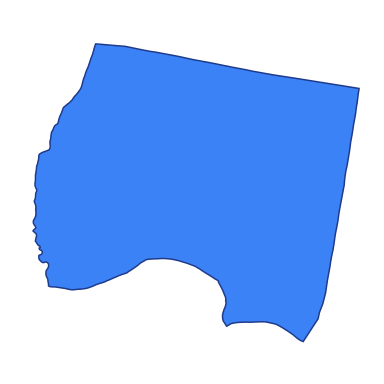 outline of Taling Chan, Bangkok Metropolis, Thailand, rotated 95°
{"feature_id": "78962969B19319663226998", "entity_name": "Taling Chan", "entity_type": "district", "adm_level": 2, "iso_a3": "THA", "parent_name": "Thailand", "parent_adm1": "Bangkok Metropolis", "projection": "natural_earth1", "projection_center": [100.444, 13.771], "detail": "fine", "context": "isolated", "style": "filled", "palette": "blue", "viewbox_px": 384, "rotation_deg": 95, "n_neighbors": 0, "source": "geoboundaries", "source_scale": "gbopen_adm2", "svg_char_len": 5883}
<svg xmlns="http://www.w3.org/2000/svg" viewBox="0 0 384 384"><g transform="rotate(95 192 192)"><path d="M84.5,308.7L86.6,309.2L86.9,309.3L88.8,309.9L89.0,309.9L90.5,310.2L91.6,310.4L92.9,310.6L94.9,310.9L96.3,311.2L97.8,311.6L99.7,312.4L101.1,313.2L102.2,313.9L102.4,314.0L103.5,314.7L103.9,315.0L104.3,315.3L104.9,315.7L105.4,316.0L106.4,316.9L106.7,317.1L107.3,317.5L107.8,317.9L108.1,318.0L108.4,318.2L110.7,319.4L111.4,320.0L112.1,320.6L113.2,321.5L113.6,321.8L114.3,322.5L115.0,323.1L115.0,323.3L115.0,323.5L116.5,324.9L118.8,327.2L120.6,327.9L122.6,328.4L125.3,329.1L126.4,329.6L127.8,330.1L130.8,330.9L134.0,331.3L134.8,331.5L135.6,331.8L135.9,332.0L136.3,332.5L136.8,333.3L137.7,334.2L138.2,334.6L139.7,335.2L142.0,335.9L143.2,336.4L144.4,337.0L145.3,337.2L148.1,337.4L149.3,337.4L150.9,337.4L151.9,337.5L154.4,337.9L154.8,337.9L157.3,337.5L158.7,337.2L159.3,337.2L160.5,337.3L161.4,337.5L161.8,337.7L162.1,337.8L162.3,338.1L162.7,338.5L163.4,339.8L165.1,343.5L165.7,344.7L166.1,345.3L167.3,346.9L167.4,347.1L167.7,347.3L168.1,347.4L168.4,347.6L168.7,347.7L169.3,347.8L169.7,347.8L171.0,347.7L172.3,347.7L173.3,347.8L175.3,348.1L177.3,348.3L177.8,348.4L179.5,349.0L181.5,349.0L183.1,349.0L186.2,349.2L187.1,349.2L187.2,349.3L187.6,349.3L189.3,349.4L192.3,349.1L195.1,349.0L197.5,349.2L199.2,348.9L200.2,348.6L202.9,347.2L203.5,346.8L203.8,346.7L204.4,346.8L204.6,346.8L205.1,347.0L207.1,347.6L208.2,347.5L210.9,347.5L211.7,347.5L212.2,347.6L212.8,347.8L213.9,348.0L214.7,348.3L215.1,348.3L215.4,348.2L217.9,347.0L219.4,346.4L221.4,346.1L222.4,346.2L223.7,346.1L224.0,345.9L227.8,345.5L229.9,345.7L230.5,345.9L231.6,346.3L234.1,347.4L234.8,347.5L235.7,347.5L236.8,347.3L237.2,347.1L237.4,347.0L238.3,346.4L240.1,345.0L240.9,344.6L241.1,344.5L241.3,344.5L241.6,344.6L242.1,345.0L243.1,345.9L243.5,346.4L243.9,346.7L244.4,346.9L244.6,346.9L245.0,346.8L245.1,346.6L246.0,345.1L247.5,343.6L247.8,343.3L248.0,343.2L248.4,343.1L249.8,343.1L251.3,343.4L252.9,343.6L253.0,343.6L253.7,343.7L254.3,343.7L254.6,343.7L254.9,343.6L255.7,342.7L256.5,342.1L256.8,342.0L257.7,341.2L258.3,340.7L258.6,340.4L258.8,340.1L258.8,339.4L259.0,339.1L259.5,338.7L260.0,338.5L260.5,338.4L260.7,338.6L260.8,338.6L261.0,339.3L261.3,339.4L262.1,339.1L262.6,338.8L262.7,338.6L262.8,338.5L262.9,338.3L263.2,337.2L263.2,336.9L263.4,336.8L264.2,336.2L264.5,336.0L265.0,335.9L265.4,335.9L265.9,336.0L266.6,336.2L266.9,336.4L267.1,336.6L267.4,336.9L268.3,338.7L268.4,338.8L268.6,339.0L268.8,339.1L269.1,339.1L270.4,338.9L271.6,338.7L272.0,338.6L272.8,338.0L274.1,336.6L274.9,335.6L275.1,335.0L275.3,334.4L275.3,334.1L275.3,333.8L275.3,333.5L275.2,333.3L275.0,333.0L274.6,332.1L274.3,331.6L274.5,330.9L274.8,330.3L275.0,329.9L275.8,328.9L276.4,328.6L277.6,328.5L278.7,328.4L280.3,328.9L281.9,329.7L283.0,330.4L284.5,330.5L285.6,330.4L287.2,330.3L287.7,330.0L288.8,329.7L290.0,328.9L290.8,328.4L292.1,327.9L293.0,327.8L296.8,326.8L298.0,326.8L298.6,325.7L298.6,324.5L298.7,324.4L298.7,323.2L298.5,319.2L298.7,317.0L298.7,316.7L299.2,309.4L299.6,306.9L299.6,306.7L299.7,305.8L299.9,304.1L299.9,303.9L299.8,302.6L299.7,301.1L299.6,300.9L299.4,300.1L299.2,298.8L298.7,296.8L298.7,296.5L298.5,294.4L297.7,290.9L297.6,290.1L297.5,289.9L296.9,288.0L296.4,286.7L295.9,285.7L295.0,283.7L294.4,282.5L294.2,282.1L293.1,280.2L292.8,279.7L292.1,278.1L291.2,276.2L291.0,275.6L290.1,273.2L289.6,272.2L289.0,270.8L288.0,269.3L287.2,267.7L286.7,266.7L286.4,266.1L284.3,262.4L283.7,261.2L282.4,258.7L281.4,257.1L281.2,256.4L279.8,253.7L279.5,252.7L279.4,252.2L279.0,251.7L278.3,249.9L278.2,249.9L275.2,246.2L275.0,245.9L274.5,245.3L272.5,242.8L271.0,241.0L270.5,240.4L267.2,237.1L266.7,236.4L266.1,235.5L264.5,233.2L264.0,232.7L263.5,231.9L263.3,231.4L262.9,229.9L262.7,229.1L262.1,225.1L261.8,223.4L261.8,222.8L261.7,221.7L261.0,217.3L260.7,214.5L260.7,214.1L260.6,210.8L260.7,209.0L260.6,208.8L260.6,207.5L260.8,205.9L260.9,204.2L261.3,201.6L261.5,199.7L262.0,197.5L262.3,196.0L263.3,191.1L263.4,190.7L263.5,190.6L263.6,190.0L265.2,184.2L266.1,181.5L266.3,181.1L266.5,180.8L266.9,180.1L267.1,179.7L267.7,178.3L268.0,177.6L268.7,176.5L269.2,175.6L269.6,175.0L275.3,163.7L276.5,161.7L277.5,159.3L277.9,158.6L278.5,158.0L278.8,157.8L279.5,157.8L282.7,155.7L284.9,154.2L285.4,153.9L286.2,153.5L286.5,153.3L288.0,152.4L290.7,151.1L293.7,149.5L296.7,148.8L296.8,148.9L297.3,149.0L298.4,148.8L299.1,148.4L299.5,148.3L300.0,148.4L303.1,148.8L303.9,149.1L306.1,149.8L309.4,150.5L310.8,150.7L312.0,150.9L314.4,150.6L315.8,150.3L316.0,150.3L316.8,149.9L317.3,149.8L317.9,149.6L318.3,149.2L319.0,148.6L321.1,147.0L321.3,146.9L321.5,146.8L322.7,145.7L320.4,142.6L319.9,141.9L319.4,140.6L319.0,139.3L318.6,137.8L318.2,136.2L317.7,133.2L317.3,130.3L316.8,125.8L316.6,122.2L316.0,117.9L315.5,113.8L315.1,110.1L315.1,109.2L315.0,107.4L315.2,105.3L316.1,98.4L316.6,96.3L317.0,95.2L318.2,92.4L321.6,85.6L324.8,79.9L325.3,79.0L327.8,75.5L328.9,73.8L329.5,72.9L330.0,71.8L330.3,71.2L330.6,70.5L331.3,68.2L307.2,55.3L301.2,54.6L291.7,51.9L280.6,50.1L268.1,49.4L254.6,48.1L252.7,48.0L249.1,47.8L243.7,47.3L237.3,46.5L234.3,46.3L232.5,46.1L228.7,45.9L224.7,45.7L222.3,45.6L221.4,45.5L218.3,45.2L215.9,44.9L209.0,44.2L200.7,43.8L195.9,43.4L180.9,41.9L171.8,41.0L165.2,41.0L157.9,40.6L152.1,39.8L140.6,38.9L136.5,38.6L135.5,38.6L134.5,38.5L128.9,38.3L126.6,38.1L120.2,37.5L110.7,36.9L106.6,36.5L102.6,36.1L101.4,36.0L99.9,35.9L92.4,35.6L89.5,35.3L87.7,35.2L86.3,35.2L84.3,35.1L80.6,35.0L78.9,34.9L75.5,34.6L74.3,34.6L73.1,50.9L69.7,98.7L69.0,109.6L68.2,121.9L66.4,141.8L65.4,150.0L64.0,164.5L62.1,180.8L60.0,202.5L58.1,217.4L55.9,239.7L55.5,246.4L54.8,253.2L52.7,271.5L52.8,279.0L52.8,289.9L52.8,298.6L52.9,301.0L53.6,301.1L58.0,302.1L59.8,302.3L60.0,302.4L62.8,302.9L64.7,303.4L67.6,304.3L73.7,305.7L76.4,306.4L77.1,306.6L79.3,307.4L79.6,307.5L79.8,307.5L80.3,307.7L82.4,308.3L84.5,308.7Z" fill="#3b82f6" stroke="#1e3a8a" stroke-width="1.5"/></g></svg>